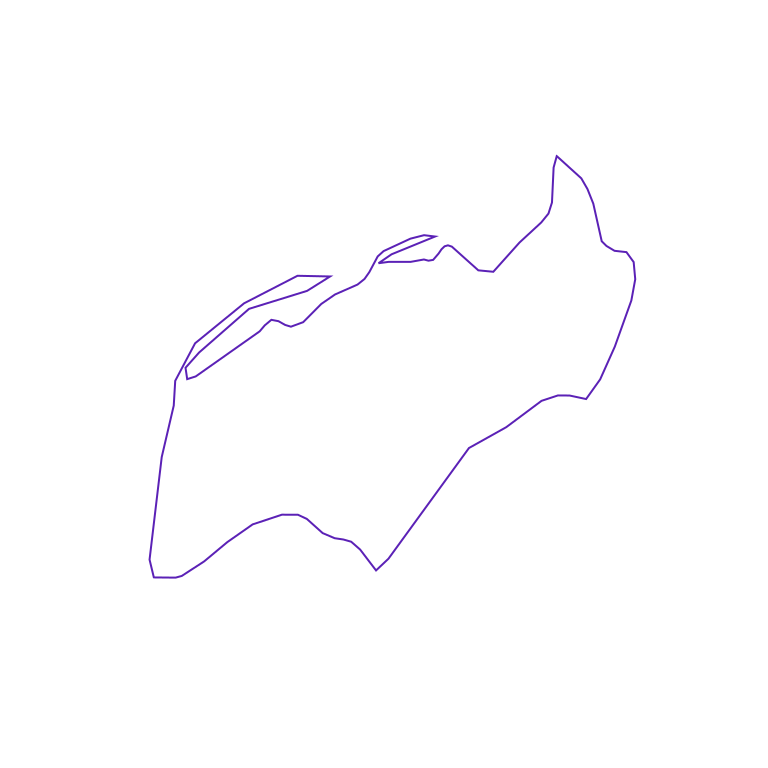 map outline of Luanda (Equal Earth projection), rotated 31°
{"feature_id": "AGO-1880", "entity_name": "Luanda", "entity_type": "Province", "adm_level": 1, "iso_a3": "AGO", "parent_name": "Angola", "parent_adm1": "", "projection": "equal_earth", "projection_center": [13.287, -8.956], "detail": "fine", "context": "isolated", "style": "outline", "palette": "violet", "viewbox_px": 768, "rotation_deg": 31, "n_neighbors": 0, "source": "natural_earth", "source_scale": "10m", "svg_char_len": 1219}
<svg xmlns="http://www.w3.org/2000/svg" viewBox="0 0 768 768"><g transform="rotate(31 384 384)"><path d="M286.3,668.3L273.5,655.3L231.1,561.1L214.9,510.8L203.4,488.8L201.1,446.4L222.5,386.9L254.1,335.8L282.4,319.6L270.1,343.8L229.6,389.1L209.3,452.2L205.5,472.3L212.8,481.2L218.7,474.5L250.3,402.9L251.6,395.1L254.4,387.0L261.2,384.5L268.8,384.3L274.7,382.8L282.9,372.6L289.0,347.7L295.9,332.5L310.1,312.4L313.2,304.0L313.8,295.7L312.9,277.9L315.2,270.3L331.8,245.8L341.7,235.8L351.8,231.3L323.7,268.9L317.1,283.3L325.1,276.9L343.8,265.7L354.1,256.7L358.6,255.4L362.2,252.3L363.6,244.1L363.9,238.9L365.0,234.8L367.4,232.2L371.4,231.3L406.3,238.0L419.9,231.5L427.3,192.9L435.6,164.5L437.2,153.2L434.5,141.9L417.9,111.1L414.7,99.7L414.9,99.7L447.2,106.1L458.0,112.1L470.5,121.6L497.1,149.5L503.6,151.1L513.0,151.1L523.9,146.1L535.2,150.9L545.4,164.8L553.0,185.0L562.6,233.1L566.9,268.7L565.0,292.8L549.0,298.3L539.0,304.2L527.7,317.3L511.0,358.1L489.8,395.1L477.8,531.5L473.2,547.9L448.8,538.2L437.1,536.1L429.3,538.2L421.1,541.6L408.2,543.4L387.4,539.4L377.6,540.4L363.8,548.6L343.7,572.0L331.1,600.3L321.2,628.7L309.5,652.7L305.1,657.3L286.4,668.3L286.3,668.3Z" fill="none" stroke="#5b21b6" stroke-width="2"/></g></svg>